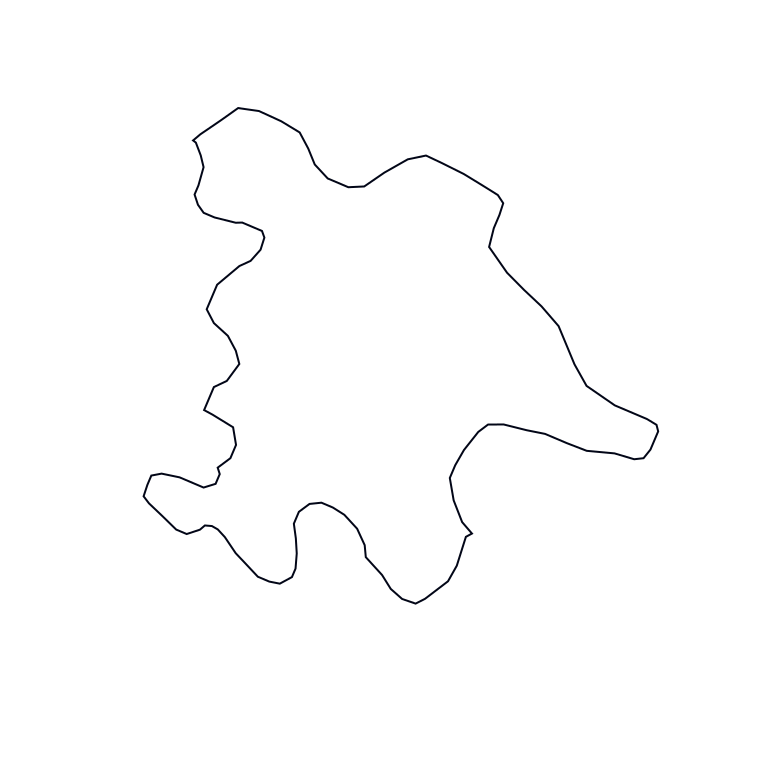 Gradsko, Mercator projection, rotated 113°
{"feature_id": "MKD-2930", "entity_name": "Gradsko", "entity_type": "Statistical Region", "adm_level": 1, "iso_a3": "MKD", "parent_name": "North Macedonia", "parent_adm1": "", "projection": "mercator", "projection_center": [21.909, 41.604], "detail": "fine", "context": "isolated", "style": "outline", "palette": "ink", "viewbox_px": 768, "rotation_deg": 113, "n_neighbors": 0, "source": "natural_earth", "source_scale": "10m", "svg_char_len": 1714}
<svg xmlns="http://www.w3.org/2000/svg" viewBox="0 0 768 768"><g transform="rotate(113 384 384)"><path d="M526.0,504.4L512.3,496.4L497.9,496.4L482.8,506.0L479.2,529.9L478.3,539.4L465.9,539.4L453.3,539.4L442.6,529.9L422.1,525.0L411.3,533.4L400.7,546.5L394.4,564.4L384.5,576.4L357.8,576.4L331.9,563.2L322.8,554.9L308.6,550.1L296.0,551.3L290.8,556.1L290.8,566.8L290.8,577.6L293.5,583.5L296.9,605.0L296.9,616.9L291.7,625.3L283.6,632.4L273.7,632.4L254.9,634.8L245.2,642.0L235.3,651.5L234.4,654.9L225.9,650.6L205.2,637.3L187.0,626.1L181.6,605.8L182.3,581.3L185.4,559.9L196.9,545.7L209.0,533.5L216.8,516.1L216.8,493.7L209.9,479.4L189.2,466.2L167.9,449.9L157.3,434.6L158.0,417.2L159.5,392.8L160.0,389.3L163.3,367.3L165.6,353.0L171.0,344.9L183.3,343.8L197.7,343.8L216.8,340.8L233.5,314.2L242.7,291.8L251.0,269.3L262.5,245.9L291.5,216.3L306.6,196.8L313.5,163.2L313.5,143.8L313.5,132.5L313.5,128.4L315.1,117.2L320.5,113.1L327.4,113.1L340.3,113.1L350.9,116.1L355.5,124.3L357.8,144.7L366.3,171.3L367.0,192.7L367.0,216.3L370.8,234.6L374.5,258.1L380.7,272.4L391.3,278.5L413.5,284.6L430.9,286.7L444.8,286.7L463.9,274.4L480.6,258.1L487.3,244.6L492.7,248.9L522.8,246.0L540.6,248.0L565.7,262.3L573.8,269.1L574.8,283.3L570.0,297.7L560.6,311.1L550.5,333.1L539.9,338.8L527.7,352.2L519.9,369.4L517.7,382.8L517.7,395.2L523.5,405.7L534.9,412.4L547.8,412.4L560.6,404.8L574.1,398.1L588.5,393.3L597.7,393.3L608.5,401.9L610.7,412.4L610.7,424.8L603.5,441.1L597.7,454.4L587.1,470.7L582.8,480.2L582.0,486.9L584.2,493.6L590.0,496.5L599.2,507.0L599.2,518.4L592.1,536.6L585.7,553.7L581.3,561.4L569.3,562.4L559.2,562.4L553.4,553.7L549.8,535.7L549.8,509.6L541.7,500.0L531.1,500.0L526.0,504.4Z" fill="none" stroke="#020617" stroke-width="2"/></g></svg>